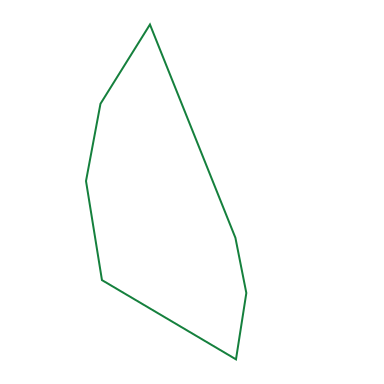 the border of West End, rotated 121°
{"feature_id": "AIA-5127", "entity_name": "West End", "entity_type": "District", "adm_level": 1, "iso_a3": "AIA", "parent_name": "Anguilla", "parent_adm1": "", "projection": "natural_earth1", "projection_center": [-63.137, 18.189], "detail": "fine", "context": "isolated", "style": "outline", "palette": "green", "viewbox_px": 384, "rotation_deg": 121, "n_neighbors": 0, "source": "natural_earth", "source_scale": "10m", "svg_char_len": 259}
<svg xmlns="http://www.w3.org/2000/svg" viewBox="0 0 384 384"><g transform="rotate(121 192 192)"><path d="M313.9,223.8L237.2,288.5L163.5,315.9L70.1,314.3L208.9,131.2L250.6,93.4L312.8,68.1L313.9,223.8Z" fill="none" stroke="#15803d" stroke-width="2"/></g></svg>